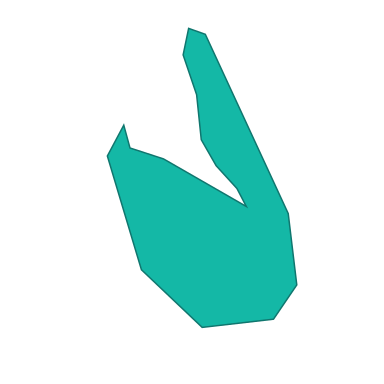 outline of Palmyra Atoll, rotated 65°
{"feature_id": "UMI-5178", "entity_name": "Palmyra Atoll", "entity_type": "state/province", "adm_level": 1, "iso_a3": "UMI", "parent_name": "United States Minor Outlying Islands", "parent_adm1": "", "projection": "natural_earth1", "projection_center": [-162.082, 5.88], "detail": "fine", "context": "isolated", "style": "filled", "palette": "teal", "viewbox_px": 384, "rotation_deg": 65, "n_neighbors": 0, "source": "natural_earth", "source_scale": "10m", "svg_char_len": 383}
<svg xmlns="http://www.w3.org/2000/svg" viewBox="0 0 384 384"><g transform="rotate(65 192 192)"><path d="M320.5,136.3L341.7,171.9L319.0,240.0L241.1,270.7L123.6,253.5L102.6,225.6L125.9,229.6L150.0,203.8L228.1,148.9L207.8,149.8L178.4,159.0L148.5,161.5L105.8,146.7L64.0,142.1L42.3,125.9L54.7,113.3L252.2,113.9L320.5,136.3Z" fill="#14b8a6" stroke="#0f766e" stroke-width="1.5"/></g></svg>